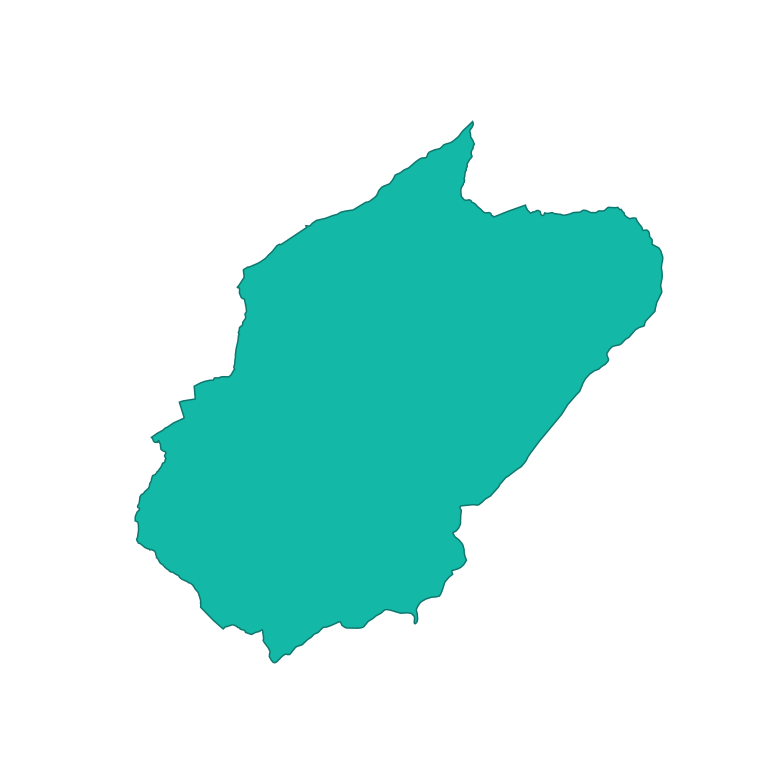 Pasca, Cundinamarca, Colombia (Robinson projection), rotated 41°
{"feature_id": "7082276B89051465067513", "entity_name": "Pasca", "entity_type": "district", "adm_level": 2, "iso_a3": "COL", "parent_name": "Colombia", "parent_adm1": "Cundinamarca", "projection": "robinson", "projection_center": [-74.281, 4.297], "detail": "fine", "context": "isolated", "style": "filled", "palette": "teal", "viewbox_px": 768, "rotation_deg": 41, "n_neighbors": 0, "source": "geoboundaries", "source_scale": "gbopen_adm2", "svg_char_len": 6148}
<svg xmlns="http://www.w3.org/2000/svg" viewBox="0 0 768 768"><g transform="rotate(41 384 384)"><path d="M487.9,98.6L485.9,96.7L484.2,95.5L482.3,95.2L481.0,95.6L478.9,98.0L478.2,98.1L475.8,96.6L468.4,95.1L465.3,93.6L463.0,95.3L460.9,98.1L457.7,98.7L454.8,98.7L452.8,97.3L450.7,97.3L448.5,96.6L447.5,97.7L444.6,97.3L442.6,99.5L437.5,103.4L437.1,104.4L436.6,108.7L434.3,111.1L432.5,112.4L431.6,115.5L427.6,119.0L422.8,120.4L420.6,121.9L420.0,122.9L419.3,125.6L414.6,130.2L412.2,134.6L409.6,138.1L408.1,139.3L405.5,140.3L403.7,141.9L402.4,142.3L401.2,143.5L398.4,144.3L395.7,147.9L393.0,149.5L393.8,151.6L393.3,152.7L392.4,153.1L391.3,153.1L388.7,151.4L386.7,151.8L385.5,152.8L384.7,155.3L383.5,156.4L382.7,158.9L378.3,158.6L375.4,157.5L373.4,156.2L364.5,171.9L357.3,185.9L355.9,185.8L354.4,186.2L353.0,185.3L351.7,185.3L350.8,185.7L348.6,188.2L346.0,189.0L342.4,188.6L338.1,188.8L335.3,188.3L333.1,188.5L331.2,189.2L329.1,188.5L327.3,189.2L326.0,191.0L323.9,192.4L319.5,191.8L315.8,188.5L314.2,186.5L313.2,183.7L313.0,181.5L312.2,180.4L312.2,178.8L310.8,177.1L309.5,176.3L308.9,174.6L306.2,170.8L305.8,168.6L304.8,167.6L304.1,165.1L302.4,163.5L301.4,158.4L301.4,155.2L301.2,154.5L298.8,153.1L297.3,151.0L296.9,149.9L296.8,148.1L295.4,146.0L294.8,143.7L291.5,142.0L287.2,140.6L285.2,138.5L282.9,136.9L282.2,135.6L282.2,133.3L281.3,129.9L280.4,128.8L278.7,127.8L277.4,141.3L277.9,148.4L276.8,155.4L275.7,158.6L273.3,162.2L272.2,164.4L272.0,167.8L271.5,170.1L268.6,174.0L266.1,179.1L266.0,181.2L267.2,184.4L267.2,185.7L264.2,188.8L263.3,190.7L262.2,195.2L260.8,204.9L258.6,209.5L257.8,213.8L255.4,218.8L256.7,224.4L256.9,229.2L253.8,235.2L253.2,237.1L253.2,241.3L254.4,245.0L254.8,248.0L253.3,255.5L252.4,257.3L251.0,258.9L246.5,272.9L241.3,279.0L238.6,282.8L237.4,286.7L235.0,290.2L231.1,297.4L225.7,304.8L224.5,309.5L224.3,313.6L221.2,315.8L222.9,316.6L222.6,317.9L215.3,344.6L214.6,346.6L213.5,347.1L213.1,347.8L212.4,350.2L212.8,357.1L212.2,362.7L212.2,366.6L211.7,368.7L210.5,373.4L209.3,376.4L205.2,384.8L204.6,384.9L203.0,389.6L203.2,390.4L208.1,394.8L208.5,395.6L209.8,404.5L209.8,407.2L210.5,407.3L211.5,406.5L212.6,406.9L215.2,410.2L219.3,412.3L221.0,412.4L222.4,411.6L223.2,411.7L229.5,416.5L232.8,419.6L233.1,422.2L233.7,423.0L235.4,423.8L236.5,425.6L236.9,430.1L237.9,431.2L238.7,433.2L238.0,434.6L238.0,436.3L239.7,438.8L240.2,440.6L240.7,441.0L242.2,441.3L242.2,442.6L245.5,447.3L249.4,454.6L253.2,460.2L254.3,461.0L255.3,463.0L258.3,466.9L258.9,468.6L259.8,470.0L261.7,470.9L261.5,471.9L262.6,477.4L262.2,480.4L257.9,483.9L256.1,485.9L255.6,487.5L252.0,490.7L252.7,492.9L250.0,495.6L246.9,499.8L244.8,503.6L242.2,510.2L251.4,519.1L243.3,528.8L241.5,532.0L255.1,540.4L255.4,541.1L250.7,551.5L248.8,558.7L247.7,561.0L247.4,564.2L245.3,569.6L243.5,576.9L245.5,577.1L247.2,578.2L249.1,578.4L251.4,576.6L250.8,575.0L251.7,574.7L252.3,575.4L254.9,576.1L255.8,577.3L258.7,579.7L261.4,579.4L263.7,578.6L265.0,579.7L265.2,581.6L265.7,582.4L268.4,583.4L268.7,585.2L269.8,586.6L269.8,587.3L268.9,588.9L270.3,593.4L270.3,595.7L270.7,597.7L270.3,599.0L270.8,600.8L270.6,602.8L269.5,605.0L270.9,608.3L272.0,609.9L272.5,612.6L274.2,615.5L274.7,617.1L274.1,621.9L274.3,624.8L273.4,626.7L274.0,629.7L275.4,631.4L277.7,635.2L277.8,636.8L278.4,638.2L279.3,638.7L280.4,638.3L281.5,638.5L281.9,639.8L281.7,642.6L283.2,647.1L285.9,650.5L288.6,649.8L289.6,650.2L291.6,652.0L294.7,655.4L298.8,661.8L299.1,663.5L300.8,664.5L302.1,664.7L302.9,665.2L304.7,664.4L310.9,664.2L313.6,663.5L314.6,662.7L316.1,662.9L317.1,661.5L320.5,660.6L322.5,661.4L323.6,662.4L325.2,663.1L326.2,664.3L327.9,664.2L331.7,665.7L333.1,665.9L335.7,665.6L338.8,666.0L342.0,666.0L343.8,665.5L344.3,665.9L345.8,665.9L348.3,664.6L352.8,664.0L353.7,663.5L354.6,663.3L356.4,664.0L359.3,664.0L365.5,662.2L366.8,662.2L368.6,661.4L371.7,661.1L372.3,661.6L373.8,661.6L375.0,662.4L380.7,663.3L386.8,667.1L388.8,668.8L389.1,669.7L390.1,670.2L392.1,672.8L410.1,674.3L423.3,674.4L423.7,671.0L424.8,669.9L427.5,665.2L429.4,664.2L431.8,663.6L433.5,663.6L435.0,662.8L436.0,663.3L437.0,663.1L440.1,661.5L442.2,661.9L442.5,662.3L448.3,660.0L450.1,655.6L452.2,652.7L453.2,649.6L453.8,649.5L460.0,654.9L461.1,656.9L463.9,657.8L469.3,658.9L473.7,660.7L474.6,662.7L476.3,665.0L480.6,666.5L483.0,666.7L484.1,666.3L484.9,665.3L485.3,663.9L485.8,656.1L486.6,653.1L487.2,652.2L489.0,651.3L490.3,649.9L490.0,640.9L490.6,639.0L493.0,635.1L493.4,633.7L494.0,626.8L495.1,623.5L495.4,618.7L497.3,614.7L497.7,607.8L500.3,604.8L502.5,600.9L506.4,592.4L507.7,592.4L510.6,593.7L514.3,593.3L515.9,592.6L524.4,585.5L526.6,583.1L527.6,581.5L528.0,580.3L527.8,573.5L529.5,568.1L530.0,564.6L532.2,558.5L532.7,553.9L533.7,552.8L536.2,551.0L546.9,546.1L551.8,541.3L554.4,539.6L555.8,539.2L559.3,539.5L560.7,540.7L563.2,544.1L563.9,544.6L564.7,544.6L565.0,544.0L564.9,541.6L563.5,539.2L559.9,535.7L556.7,533.4L556.2,532.6L555.4,530.1L554.8,525.7L555.0,523.7L556.5,519.1L559.8,513.6L563.0,510.5L564.9,507.7L564.7,505.8L563.6,502.2L559.9,493.6L559.8,487.3L560.6,482.5L558.5,481.3L557.7,480.3L560.9,475.3L562.2,472.1L562.7,468.2L561.9,462.9L557.9,460.8L554.7,458.2L553.3,456.6L549.4,453.9L547.0,453.1L542.7,452.5L537.7,452.8L533.9,451.4L533.6,450.9L534.8,447.6L534.9,444.0L533.7,439.7L527.7,432.3L525.6,429.0L524.7,428.4L522.7,427.7L521.8,426.4L522.0,425.7L522.7,424.8L530.3,416.7L534.0,414.1L534.7,413.0L535.5,409.2L535.9,404.6L537.8,398.6L538.0,386.3L537.3,383.7L537.3,374.7L538.1,372.4L540.4,361.1L541.8,356.3L541.7,350.3L541.4,348.1L540.4,344.4L539.9,340.0L538.8,325.7L538.0,290.2L536.2,279.2L536.2,266.2L536.5,261.2L533.5,252.4L532.6,247.8L532.7,241.7L534.1,236.1L536.4,231.7L536.7,228.3L538.1,223.8L538.1,220.6L538.0,219.2L537.1,217.9L533.6,216.2L532.2,214.7L531.5,210.3L531.6,206.7L532.3,204.9L535.8,200.3L536.7,198.1L537.0,191.5L538.2,188.3L538.2,178.0L539.6,173.7L542.0,170.0L542.1,168.9L540.8,166.9L540.2,164.2L540.8,151.3L539.7,149.8L536.5,143.8L533.5,132.6L531.3,130.5L528.2,128.3L523.9,120.8L520.1,116.8L517.2,114.5L514.6,110.7L513.4,108.3L511.3,105.5L505.6,102.0L502.8,101.1L501.4,101.1L496.3,102.4L494.7,102.5L493.9,102.0L492.7,100.2L491.5,99.1L487.9,98.6Z" fill="#14b8a6" stroke="#0f766e" stroke-width="1.5"/></g></svg>